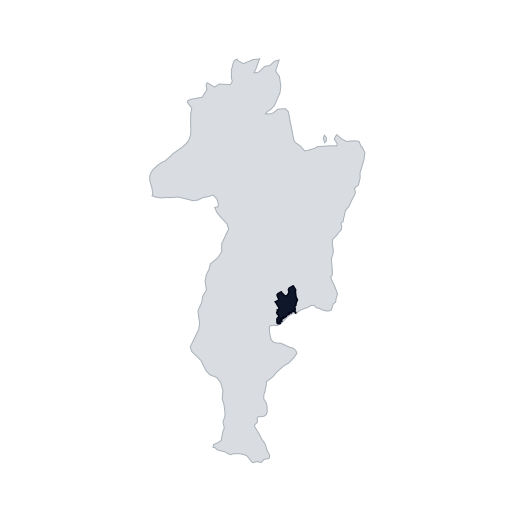 location of Kim Jong Suk, Ryanggang, North Korea, rotated 142°
{"feature_id": "82179303B38572973441712", "entity_name": "Kim Jong Suk", "entity_type": "district", "adm_level": 2, "iso_a3": "PRK", "parent_name": "North Korea", "parent_adm1": "Ryanggang", "projection": "orthographic", "projection_center": [127.758, 41.268], "detail": "fine", "context": "in_parent", "style": "filled", "palette": "ink", "viewbox_px": 512, "rotation_deg": 142, "n_neighbors": 0, "source": "geoboundaries", "source_scale": "gbopen_adm2", "svg_char_len": 6511}
<svg xmlns="http://www.w3.org/2000/svg" viewBox="0 0 512 512"><g transform="rotate(142 256 256)"><path d="M300.8,367.5L299.1,368.5L296.1,373.8L293.4,380.6L290.7,384.3L287.6,386.3L284.2,387.5L277.6,388.1L271.6,387.6L269.6,386.9L261.3,387.3L259.0,387.8L247.1,387.2L240.9,387.7L237.0,389.0L232.9,391.7L229.4,395.8L226.3,400.2L220.0,408.2L215.6,412.0L215.5,417.7L215.4,419.4L213.8,420.6L213.3,420.1L210.8,419.6L200.7,414.3L192.3,417.3L190.1,421.4L187.8,422.6L184.6,414.5L179.2,414.2L170.7,406.9L167.0,408.3L166.0,411.1L161.1,417.5L154.3,422.7L152.2,423.3L149.7,422.9L150.1,421.4L147.6,415.3L137.2,412.6L133.5,409.9L131.6,409.3L142.0,402.8L144.7,401.7L142.8,400.1L140.6,399.3L132.2,400.0L127.9,397.6L121.5,398.1L117.1,396.2L126.5,389.9L127.0,386.1L127.0,383.1L131.9,374.5L136.7,369.8L148.9,363.2L154.1,362.4L157.9,362.8L161.0,362.2L157.8,359.5L154.7,358.2L148.5,358.3L142.2,354.1L141.7,349.9L154.9,323.8L155.1,321.4L153.3,315.0L152.9,308.7L144.1,304.8L140.2,304.3L129.1,296.8L124.7,293.1L122.9,294.1L122.4,299.7L120.7,300.9L117.7,301.9L116.4,295.4L114.2,290.7L106.8,285.6L104.3,282.9L105.8,277.3L105.2,276.8L106.6,270.4L111.3,265.7L122.9,257.4L125.9,253.4L131.7,248.8L134.2,248.9L136.9,248.6L137.8,246.5L138.4,244.9L140.7,243.5L146.2,241.0L152.5,237.7L157.5,236.8L163.7,231.7L166.2,229.5L168.7,229.5L169.4,228.5L170.8,225.8L172.8,224.1L175.5,223.8L179.9,222.6L185.3,221.9L189.2,217.6L190.5,214.5L193.0,211.1L198.3,207.4L202.0,201.9L206.0,195.8L208.0,193.9L209.8,193.6L211.0,191.3L212.3,184.9L214.2,178.6L215.3,175.7L219.9,172.5L221.1,171.0L222.1,170.4L224.2,170.9L227.1,169.0L229.8,167.0L232.2,167.7L234.6,169.5L237.2,173.0L238.3,175.7L240.3,178.1L240.7,181.4L242.7,182.9L247.1,183.7L254.2,186.0L258.8,186.1L261.4,187.9L266.9,188.8L277.9,187.5L282.4,188.2L284.3,190.3L287.1,192.0L288.9,192.1L291.3,189.2L293.9,184.5L295.5,180.9L295.5,178.1L293.9,175.1L290.3,172.2L287.9,167.9L285.7,163.3L284.3,161.9L283.2,159.7L283.0,156.3L283.8,154.0L289.2,152.5L296.2,151.5L301.8,152.4L311.2,151.7L317.0,150.4L321.2,150.5L325.2,150.5L326.9,148.5L332.3,143.7L335.0,142.0L337.8,138.8L338.2,135.5L338.8,132.8L340.3,129.9L343.1,126.3L345.6,124.7L348.3,124.8L351.2,126.4L353.0,128.0L355.1,127.5L356.7,124.7L357.8,124.1L361.1,123.8L362.1,122.1L363.1,113.9L364.3,107.4L364.4,102.9L367.1,95.3L367.9,90.8L369.6,88.7L371.6,88.8L373.3,90.1L375.4,90.8L378.2,90.0L380.2,91.1L381.5,93.4L385.7,95.0L386.1,96.2L386.2,104.3L388.6,108.0L391.8,111.4L396.1,114.4L398.3,115.0L399.7,117.2L401.1,121.0L404.2,124.7L405.9,127.3L406.3,130.2L407.7,131.7L405.4,133.6L402.2,132.6L397.0,132.1L390.4,137.9L386.8,140.0L384.3,145.5L379.1,148.9L376.4,152.4L372.8,158.5L370.5,164.4L364.9,170.4L361.8,178.0L361.7,184.3L365.5,190.8L366.0,196.3L363.7,207.8L365.4,220.0L363.9,224.8L346.4,233.4L341.9,237.7L335.5,248.6L327.6,252.7L322.7,257.2L315.9,259.8L311.6,267.5L306.8,271.8L301.1,274.5L296.8,277.9L287.2,278.1L280.4,280.5L275.5,286.8L261.0,294.1L259.0,299.5L259.9,308.0L260.0,314.4L258.7,319.7L255.5,318.2L253.7,320.0L251.8,324.9L252.3,330.5L257.4,332.3L261.5,334.6L267.3,335.8L271.6,338.4L280.8,350.2L288.3,355.3L290.2,357.2L294.6,359.8L298.6,363.9L300.8,367.5ZM130.6,307.4L127.8,309.1L127.7,305.8L130.0,303.2L132.2,302.9L130.6,307.4Z" fill="#d9dde1" stroke="#a8b0b8" stroke-width="1"/><path d="M245.0,209.5L245.5,209.8L246.6,209.9L247.2,209.8L247.5,209.9L248.2,210.1L248.5,210.3L249.5,210.3L250.4,210.1L251.1,209.6L251.5,209.0L251.7,208.7L251.8,208.3L251.8,208.0L252.0,207.7L252.2,207.4L252.5,207.1L253.5,206.6L254.4,206.2L255.4,205.9L256.1,205.9L256.4,205.9L257.0,206.2L257.3,206.4L257.5,206.7L257.7,207.0L257.9,207.7L257.9,208.7L258.1,209.6L258.2,210.9L258.2,211.2L258.2,211.9L258.1,212.2L258.8,212.4L260.1,212.6L261.8,212.8L262.4,212.8L263.1,212.6L263.4,212.4L263.6,212.1L263.9,211.4L264.5,208.6L264.6,208.3L264.8,208.0L265.0,207.7L265.3,207.5L265.7,207.5L266.7,207.5L267.9,207.9L269.1,208.1L269.1,205.9L269.3,205.4L269.4,204.5L269.4,204.0L269.6,203.2L269.6,202.1L269.9,200.7L270.6,200.2L271.6,200.2L272.6,200.4L272.6,199.7L272.9,199.0L274.3,199.0L274.6,198.5L274.9,197.6L275.0,196.8L274.8,195.8L275.0,194.9L275.4,193.9L276.1,194.0L277.3,194.0L277.6,193.9L278.6,193.2L278.9,192.7L279.4,192.0L280.0,191.3L280.6,190.4L280.6,190.2L280.6,189.9L280.6,189.6L280.6,189.4L280.4,189.2L280.1,189.1L279.9,189.1L279.7,189.1L279.4,189.1L279.2,189.1L278.9,188.9L279.0,188.7L279.2,188.4L278.8,188.4L278.7,188.4L278.6,188.2L278.6,187.9L278.4,187.8L278.3,188.0L278.3,188.3L278.3,188.5L278.2,188.7L278.0,188.8L277.9,188.9L277.8,189.0L277.7,189.0L277.5,189.3L277.4,189.4L277.4,189.5L277.2,189.7L277.0,189.3L276.9,189.2L276.7,189.2L276.7,189.3L276.4,189.4L276.2,189.2L276.1,188.9L276.3,188.7L276.2,188.5L275.9,188.5L275.7,188.6L275.6,188.8L275.5,189.0L275.5,189.3L275.5,189.5L275.6,189.8L275.6,190.0L275.5,190.3L275.4,190.4L275.4,190.5L275.5,190.6L275.6,190.8L275.7,191.0L275.3,191.3L275.2,191.3L275.0,191.2L274.9,191.1L274.8,190.9L274.7,190.7L274.6,190.4L274.5,190.2L274.4,190.1L274.2,190.1L273.8,190.1L273.7,190.2L273.6,190.3L273.6,190.6L273.7,190.8L273.6,191.0L273.4,191.1L273.2,190.9L273.1,190.6L273.0,190.4L272.9,190.2L272.7,190.0L272.5,189.9L272.4,189.9L272.2,190.0L271.9,190.1L271.8,190.3L271.7,190.5L271.7,190.8L271.8,191.0L271.7,191.0L271.4,190.7L271.4,190.3L271.4,190.2L271.2,189.9L270.8,189.9L270.8,190.0L270.7,190.1L270.4,190.1L270.2,189.9L269.8,189.8L269.3,189.8L269.2,189.9L268.9,190.0L268.6,190.1L268.4,190.3L268.2,190.3L267.8,190.3L267.6,190.3L267.5,190.2L267.4,190.2L267.2,190.2L266.9,190.0L266.7,190.0L266.4,190.1L266.3,190.3L266.2,190.4L266.2,190.5L265.9,190.5L265.8,190.4L265.7,190.2L265.5,189.9L265.4,189.9L265.3,189.7L265.2,189.7L265.0,189.8L264.9,189.9L265.0,190.0L265.1,190.3L265.4,190.6L265.5,190.7L265.5,190.8L265.5,191.0L265.4,191.1L265.2,191.1L264.9,191.1L264.7,191.1L264.4,190.9L264.2,190.7L263.9,190.5L263.7,190.1L263.6,189.8L263.4,189.5L263.3,189.4L263.2,189.4L263.1,189.5L262.8,189.6L262.7,189.6L262.4,189.7L262.3,189.8L262.2,189.8L261.9,189.8L261.7,189.7L261.3,189.7L261.0,189.6L260.9,189.5L260.7,189.4L260.4,189.2L260.3,188.9L260.2,188.8L260.1,188.7L260.0,188.4L259.9,188.4L259.8,188.2L259.8,187.8L259.8,187.6L259.8,187.3L259.8,187.2L260.0,186.8L260.0,186.7L259.9,186.7L259.6,186.6L259.4,187.2L259.3,187.5L259.5,188.0L259.3,188.7L258.9,189.4L258.1,189.4L257.8,189.9L257.4,190.8L256.6,192.1L255.9,192.8L255.1,192.5L253.8,193.7L252.9,194.5L251.9,195.1L251.0,195.4L250.4,195.9L250.0,196.9L250.0,197.6L249.7,198.8L249.0,200.2L247.1,203.3L245.5,205.0L245.4,205.9L245.3,206.9L245.0,209.5Z" fill="#0f172a" stroke="#020617" stroke-width="1.5"/></g></svg>